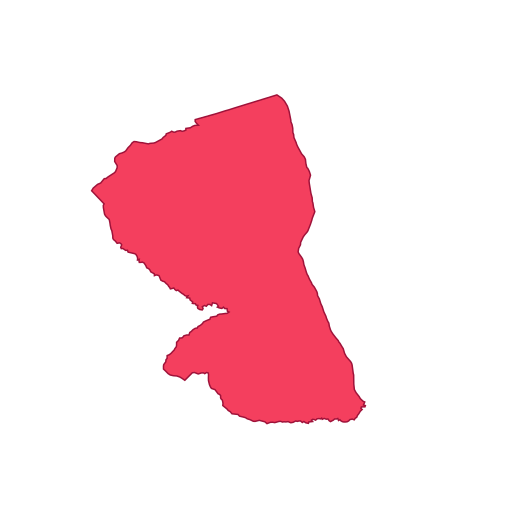 outline of Araguacema, Tocantins, Brazil, rotated 123°
{"feature_id": "56859067B99169235597900", "entity_name": "Araguacema", "entity_type": "district", "adm_level": 2, "iso_a3": "BRA", "parent_name": "Brazil", "parent_adm1": "Tocantins", "projection": "mercator", "projection_center": [-49.438, -8.91], "detail": "fine", "context": "isolated", "style": "filled", "palette": "rose", "viewbox_px": 512, "rotation_deg": 123, "n_neighbors": 0, "source": "geoboundaries", "source_scale": "gbopen_adm2", "svg_char_len": 5049}
<svg xmlns="http://www.w3.org/2000/svg" viewBox="0 0 512 512"><g transform="rotate(123 256 256)"><path d="M281.2,144.3L279.6,148.9L278.3,151.8L277.3,153.4L275.0,156.2L272.6,158.4L271.7,160.2L269.8,163.0L268.5,164.5L265.9,168.7L262.5,172.8L260.7,175.7L257.5,179.5L255.7,182.8L253.9,184.2L252.7,185.7L250.3,190.2L249.3,193.5L248.3,194.8L246.4,198.4L245.5,199.8L244.3,201.5L243.7,202.9L242.3,204.8L239.3,208.3L237.9,210.2L237.0,211.3L235.0,213.1L234.1,214.1L233.2,215.2L232.3,217.0L230.6,221.4L229.6,222.9L226.3,224.4L222.4,224.8L220.2,226.0L214.2,226.8L211.8,226.7L208.2,226.2L206.7,226.2L199.8,227.6L195.6,228.7L193.5,229.4L186.8,230.8L183.9,234.2L180.5,237.2L179.7,238.3L176.6,240.6L173.5,244.1L165.9,251.0L163.9,252.6L158.5,254.3L156.0,257.4L154.3,260.3L154.1,261.6L151.2,264.6L148.0,267.2L146.6,269.5L145.5,273.4L141.6,280.6L140.1,282.9L139.1,284.0L136.0,288.7L133.6,290.6L132.4,292.3L128.8,294.8L126.2,297.3L124.3,300.0L123.2,300.7L116.5,307.2L113.2,311.3L110.7,316.3L109.6,320.4L109.5,326.2L131.8,344.8L133.2,346.0L142.8,354.0L148.2,358.4L150.9,360.8L158.1,366.7L174.7,381.3L176.3,380.3L177.0,378.4L177.7,375.5L179.8,378.4L181.6,379.7L184.2,380.9L187.2,384.3L188.6,383.4L190.3,384.5L191.7,385.9L192.0,387.6L194.3,390.2L196.2,391.3L197.0,392.5L197.3,394.7L198.7,395.2L200.6,396.5L202.4,397.8L204.0,397.3L205.4,397.8L207.1,398.4L209.1,398.6L215.7,402.2L217.1,403.4L219.3,406.3L220.6,407.3L222.9,413.0L223.9,414.8L224.6,416.5L225.3,418.5L226.4,420.6L228.5,421.5L231.6,421.6L234.8,422.3L238.9,422.5L240.6,423.2L242.7,424.6L244.6,426.3L249.4,427.8L250.9,427.7L253.7,426.0L255.8,421.6L257.7,420.5L261.7,419.8L263.4,420.1L268.3,422.3L271.1,423.5L272.5,423.8L273.8,425.4L279.4,426.0L282.2,427.9L287.7,429.5L290.8,429.4L295.0,411.8L296.8,411.6L298.6,410.3L302.0,407.1L303.3,405.9L304.2,404.3L304.6,402.9L305.3,399.0L307.6,396.7L309.8,394.8L312.2,392.4L313.3,390.7L317.1,387.1L319.0,385.8L319.8,384.5L320.1,382.0L321.0,379.4L319.3,377.6L319.2,376.1L319.8,374.7L322.4,374.2L323.2,373.0L322.2,371.7L322.3,368.4L321.2,366.9L322.4,365.4L321.7,363.4L320.9,361.2L320.2,359.2L320.0,357.8L321.0,355.6L322.3,354.1L323.9,353.2L322.4,352.1L323.8,351.5L324.9,350.4L324.1,349.1L323.0,348.0L322.8,346.1L324.0,343.3L325.4,341.2L325.1,339.2L325.4,337.6L326.6,335.6L326.3,331.6L327.8,330.5L326.3,329.5L325.7,328.1L325.3,326.6L328.1,322.6L327.9,320.3L327.4,318.8L328.0,316.4L328.2,314.3L329.0,312.7L329.4,311.3L330.2,309.9L329.1,308.8L327.6,307.5L328.3,305.7L328.4,304.0L327.1,302.9L327.4,300.9L327.7,297.5L327.6,296.0L327.9,294.0L327.5,292.3L326.5,291.4L328.7,291.4L327.4,288.6L328.7,287.4L329.0,284.1L330.4,283.6L329.7,282.0L329.0,280.8L329.8,279.5L329.1,277.9L330.6,277.4L331.6,276.3L331.6,274.2L330.5,271.7L329.0,271.7L327.7,273.4L325.6,272.3L325.2,270.3L322.8,270.0L321.7,268.2L321.8,266.2L319.0,267.0L317.4,263.2L317.9,261.7L318.6,260.2L319.9,260.6L319.6,258.7L318.6,256.1L316.6,255.4L317.1,253.6L315.9,251.6L317.9,249.9L317.7,248.1L319.9,249.0L320.8,250.3L322.2,251.9L323.5,253.4L324.4,254.7L326.1,256.0L327.9,256.2L330.3,258.9L332.1,260.7L334.3,260.2L335.3,261.1L337.7,262.7L340.0,264.1L341.8,264.1L344.5,264.9L346.7,266.2L348.3,266.0L349.8,267.6L352.1,268.7L354.6,269.2L356.2,269.9L358.8,269.2L359.9,271.0L362.2,273.0L364.6,273.2L365.6,274.2L366.4,275.4L368.9,275.0L371.6,275.6L374.3,273.9L375.8,273.4L377.8,273.6L379.5,273.4L381.8,273.9L383.4,274.1L385.9,274.9L387.9,276.3L390.3,274.8L392.0,275.0L394.0,274.0L395.9,274.2L397.5,274.2L398.8,273.6L401.2,272.0L401.7,269.2L402.5,265.7L402.5,263.1L401.4,260.1L399.8,257.2L399.0,254.1L398.9,252.0L399.0,248.0L388.6,245.8L387.2,244.1L386.4,240.2L383.9,238.2L382.6,236.4L382.6,234.9L380.6,234.0L380.1,232.5L381.2,231.3L384.2,229.5L386.5,227.9L389.3,224.9L390.8,222.6L391.3,221.2L390.4,217.6L392.2,212.7L391.9,211.0L392.5,209.5L393.9,208.7L394.8,207.7L395.2,205.8L396.3,204.6L397.6,203.4L399.5,202.4L400.1,197.0L400.7,195.2L400.6,192.8L401.4,190.2L398.7,184.8L399.3,182.6L398.0,179.0L397.3,176.8L397.3,174.7L396.5,171.8L396.1,168.3L395.2,166.7L392.0,163.7L390.2,158.2L390.6,155.5L387.7,153.4L386.4,151.6L385.5,149.5L382.3,146.7L381.3,145.4L380.8,143.3L379.8,142.3L379.2,141.1L378.4,140.0L377.4,138.9L376.9,136.0L375.3,134.3L372.8,132.9L372.1,131.1L370.9,130.1L370.1,128.7L370.4,126.5L368.7,125.7L368.8,123.4L367.8,120.9L366.3,121.3L365.2,119.8L364.0,118.4L363.5,120.1L362.2,119.6L361.5,118.3L361.2,116.6L359.3,116.1L358.0,114.6L357.5,113.2L356.2,112.6L356.9,111.5L355.1,110.4L354.6,108.2L353.5,106.9L354.3,104.9L354.3,103.3L351.4,101.7L350.0,101.4L348.8,99.7L347.7,98.9L349.0,97.2L347.6,96.5L348.0,95.2L347.9,93.3L347.4,92.0L346.4,90.5L345.4,89.3L343.8,88.4L342.1,88.2L340.3,86.4L339.9,84.4L337.9,84.4L336.5,83.7L334.3,84.1L332.4,83.9L329.5,84.0L326.9,83.4L326.7,85.0L325.2,85.4L324.2,84.0L323.2,82.5L321.9,82.8L322.4,84.7L319.2,85.3L319.5,87.1L318.8,90.8L317.7,93.0L316.1,97.7L314.4,100.8L310.2,104.2L302.6,109.3L301.4,110.6L295.1,116.0L293.9,117.4L293.0,119.2L291.3,125.3L289.4,128.7L286.2,132.4L285.1,134.8L283.5,138.0L283.0,139.7L282.2,140.9L281.2,144.3Z" fill="#f43f5e" stroke="#9f1239" stroke-width="1.5"/></g></svg>